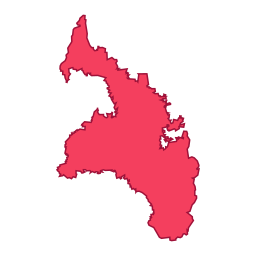 the district of Panchagarh, Rangpur, Bangladesh
{"feature_id": "16705992B66536058617583", "entity_name": "Panchagarh", "entity_type": "district", "adm_level": 2, "iso_a3": "BGD", "parent_name": "Bangladesh", "parent_adm1": "Rangpur", "projection": "natural_earth1", "projection_center": [88.58, 26.32], "detail": "fine", "context": "isolated", "style": "filled", "palette": "rose", "viewbox_px": 256, "rotation_deg": 0, "n_neighbors": 0, "source": "geoboundaries", "source_scale": "gbopen_adm2", "svg_char_len": 5813}
<svg xmlns="http://www.w3.org/2000/svg" viewBox="0 0 256 256"><path d="M180.3,237.6L181.9,236.7L183.2,234.0L184.6,233.7L186.2,234.9L187.5,234.0L187.1,229.9L188.1,230.7L188.5,227.7L193.4,220.5L192.4,218.8L192.3,216.7L187.1,212.5L189.9,211.4L192.1,204.9L194.4,202.5L196.6,198.2L196.5,196.0L194.8,195.3L194.8,190.6L195.5,189.9L195.0,186.4L193.4,183.3L194.2,179.2L192.5,178.1L194.5,177.7L197.8,175.1L199.0,168.9L197.1,169.4L196.8,168.7L198.6,166.9L198.9,165.3L197.3,161.0L194.3,157.9L191.9,156.9L188.6,158.2L187.2,149.1L188.8,146.4L189.7,139.9L187.2,136.0L187.5,133.7L186.7,131.4L183.8,131.2L182.0,136.8L183.4,137.5L183.3,138.6L178.7,137.1L179.0,138.4L178.3,139.1L177.8,138.7L178.1,137.8L175.8,137.7L176.9,140.2L176.4,141.4L168.6,142.6L167.6,146.3L166.9,147.2L165.7,146.8L165.8,148.5L163.7,149.9L163.3,147.9L159.8,148.6L160.5,146.9L161.5,147.1L161.6,145.8L161.5,145.2L160.0,145.0L160.8,142.1L159.6,140.7L159.8,139.1L160.8,139.0L160.3,136.2L162.1,135.7L165.6,138.7L166.0,139.6L164.4,139.8L165.8,141.7L166.2,140.6L168.5,141.4L172.7,139.2L170.7,137.9L169.8,138.0L170.7,138.2L170.0,139.0L167.5,138.6L168.3,138.3L167.9,136.8L165.3,137.0L164.6,135.8L165.3,134.7L163.9,134.7L163.4,133.7L163.5,132.4L164.8,132.2L164.7,130.7L163.3,130.0L162.5,131.1L162.4,128.0L166.8,126.9L167.2,124.8L168.6,124.9L168.9,126.0L166.8,126.8L167.6,127.5L167.1,128.6L167.8,130.2L168.8,130.1L169.0,130.9L174.3,128.8L175.5,129.6L175.6,130.8L179.2,128.6L179.0,126.7L183.7,127.2L184.4,123.7L179.9,125.0L180.6,123.0L183.0,121.4L182.5,119.4L183.1,119.6L183.5,118.3L180.7,117.5L181.1,116.1L179.8,115.9L179.7,117.1L180.6,118.0L178.7,118.0L177.6,120.4L173.7,119.5L172.9,122.8L171.2,123.5L170.7,122.9L170.3,121.3L171.0,120.2L169.4,120.4L168.1,118.4L169.0,118.0L169.4,114.8L168.0,115.0L167.3,113.7L168.7,113.0L166.6,112.4L165.5,108.4L165.9,106.9L164.3,107.2L164.2,106.4L164.8,105.7L170.5,104.4L170.5,103.5L169.5,102.9L166.1,104.0L166.2,102.3L165.6,102.4L166.4,100.8L163.3,101.7L163.3,100.9L161.0,100.1L163.0,99.7L162.6,98.9L163.6,98.6L166.1,99.0L165.9,97.1L164.9,96.6L165.6,96.3L165.1,96.2L165.6,94.8L164.0,94.4L164.4,96.5L163.8,95.1L163.3,96.5L160.2,96.7L160.2,95.9L158.8,95.8L158.1,93.5L155.1,93.7L153.3,92.6L155.3,91.5L154.9,88.7L151.5,88.7L150.5,87.8L149.2,88.0L149.1,86.9L147.1,86.8L147.0,85.6L148.5,84.6L146.9,73.8L138.3,73.9L138.8,74.5L137.8,81.8L137.2,80.9L135.4,81.3L135.0,79.3L128.1,78.8L127.5,78.2L129.0,78.1L127.9,76.3L128.9,75.1L127.5,75.4L128.2,73.3L126.4,73.5L127.2,72.5L125.9,72.2L127.1,68.9L118.1,70.1L118.5,69.0L117.5,68.9L118.6,68.4L117.1,68.2L117.6,66.4L115.8,63.0L117.1,61.2L116.6,59.6L114.4,59.6L111.9,57.5L107.2,59.7L106.9,52.5L105.1,52.3L105.4,48.7L102.5,47.5L99.1,47.7L98.8,46.5L98.0,46.5L97.9,49.0L96.9,49.4L97.3,50.2L94.8,50.7L93.4,49.3L93.3,47.6L91.6,47.6L89.8,45.4L86.8,37.9L87.2,33.7L85.5,23.2L85.9,19.8L84.8,19.5L85.0,15.6L83.2,15.4L80.0,18.2L79.4,20.4L76.8,23.2L77.6,24.8L80.0,25.3L80.0,26.2L74.4,28.2L73.3,29.6L72.7,35.0L71.6,36.3L71.8,41.7L67.8,48.1L68.4,52.6L66.1,55.1L66.5,57.7L65.2,60.7L61.4,63.6L60.2,65.9L60.0,69.0L60.9,70.0L60.7,71.1L62.8,71.2L62.7,74.5L64.7,74.8L65.1,77.8L66.5,80.9L66.2,82.1L67.0,82.4L67.6,80.5L69.0,79.5L68.3,79.0L68.7,76.2L70.4,73.9L69.1,72.7L68.7,68.9L71.9,67.7L72.9,67.6L73.2,69.2L76.4,69.6L76.8,71.0L81.9,68.5L82.0,70.4L83.0,70.8L83.5,72.4L85.0,74.5L86.0,74.4L86.3,75.7L87.2,75.6L87.3,73.2L88.9,73.1L89.5,74.1L90.5,73.4L90.6,74.9L91.5,75.6L97.8,75.4L105.9,77.7L104.0,80.5L106.2,81.2L106.3,83.0L107.5,83.5L107.6,84.8L109.1,86.0L109.0,87.4L107.3,87.8L107.2,88.7L109.7,90.2L108.5,91.3L108.5,92.6L111.1,93.0L109.0,95.9L110.4,96.5L111.2,98.2L112.9,96.7L113.1,99.0L111.7,99.7L114.2,103.8L116.0,102.9L114.1,107.5L115.4,109.9L117.5,108.2L116.9,111.1L114.8,111.9L115.2,112.8L117.2,113.1L115.5,114.9L115.8,116.6L113.0,116.3L113.2,117.1L111.9,117.8L111.4,117.4L112.6,112.8L112.0,112.4L111.4,113.6L109.3,114.0L106.8,113.6L107.8,116.8L106.8,117.7L105.4,117.4L103.5,115.9L103.5,114.5L99.3,114.6L97.5,112.1L98.3,110.2L97.6,109.6L97.6,107.7L97.2,109.4L94.3,111.9L93.2,116.2L92.1,117.2L92.6,117.4L91.4,120.3L92.0,120.4L91.1,122.4L84.6,121.8L81.8,124.5L81.6,125.1L82.8,125.3L82.5,126.7L85.1,126.5L84.9,129.8L79.9,129.1L77.5,130.6L77.1,129.8L75.5,131.0L75.5,132.1L74.3,131.8L74.1,133.1L72.4,133.1L73.0,133.6L72.4,134.2L72.0,133.1L71.0,135.4L69.7,135.2L69.7,137.3L65.4,141.9L66.1,143.9L65.2,144.5L65.0,146.6L66.1,146.9L65.4,147.7L66.0,148.2L65.0,153.0L66.7,153.9L65.5,154.0L66.0,154.8L68.3,155.7L68.1,156.8L66.8,157.4L67.2,159.5L65.9,160.2L66.5,161.5L65.3,161.8L65.9,163.3L59.9,165.0L59.9,166.5L57.5,167.4L58.3,168.9L57.0,169.6L57.4,170.6L59.1,171.9L59.5,173.6L60.7,174.2L59.5,176.3L62.7,175.7L63.6,174.8L67.5,178.1L69.3,177.6L71.5,178.7L73.2,176.7L75.7,177.5L76.7,174.2L76.0,173.8L76.1,170.7L80.7,171.3L81.8,173.0L82.9,172.9L85.0,171.9L83.6,171.3L83.4,169.7L85.5,169.7L86.7,170.8L89.9,170.6L90.8,171.6L90.4,172.7L92.1,171.5L94.9,172.6L95.9,171.7L97.3,171.9L98.1,172.2L97.5,173.4L98.3,173.6L100.1,173.3L100.4,171.7L102.3,172.0L100.9,170.6L103.5,169.8L105.2,170.4L111.4,170.1L110.9,170.6L112.8,171.3L114.1,170.6L114.2,171.6L115.2,170.8L116.4,173.4L115.9,174.7L116.8,178.2L119.4,177.3L120.5,178.8L121.5,178.3L121.2,176.9L124.6,175.0L124.6,176.7L123.5,177.8L124.8,179.1L127.0,178.4L127.8,180.8L129.2,180.0L129.3,181.2L128.1,181.6L128.0,183.5L129.9,184.0L130.2,186.6L130.8,186.0L131.9,189.2L133.5,188.5L134.6,189.7L135.7,189.0L135.9,192.2L136.4,191.5L139.1,191.2L142.3,192.6L146.6,196.0L146.4,197.6L148.1,199.5L148.3,201.1L151.5,204.2L150.3,205.5L152.3,206.1L152.5,209.9L153.6,209.9L153.9,213.2L153.5,214.1L153.1,213.5L152.8,214.3L151.0,214.5L151.3,216.2L150.2,216.8L151.4,217.7L150.1,218.5L150.4,220.1L148.9,220.8L148.0,222.8L149.0,225.2L153.8,227.5L159.4,237.2L161.4,238.3L169.8,237.3L170.0,240.1L171.6,240.6L175.8,240.0L175.8,238.8L177.6,237.1L180.3,237.6Z" fill="#f43f5e" stroke="#9f1239" stroke-width="1.5"/></svg>